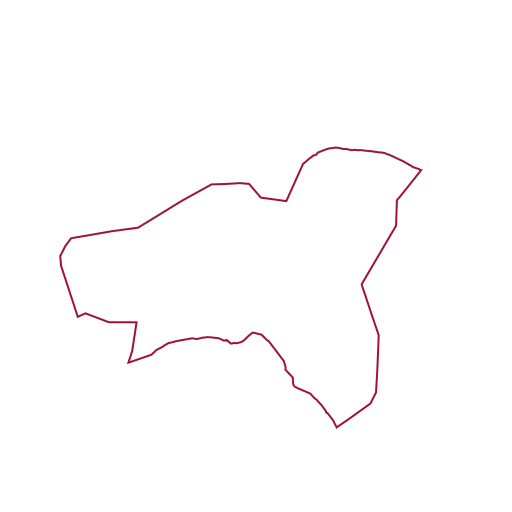 the district of Erdene, Dornogovi, Mongolia, rotated 119°
{"feature_id": "93677404B44396439939565", "entity_name": "Erdene", "entity_type": "district", "adm_level": 2, "iso_a3": "MNG", "parent_name": "Mongolia", "parent_adm1": "Dornogovi", "projection": "natural_earth1", "projection_center": [111.283, 44.182], "detail": "fine", "context": "isolated", "style": "outline", "palette": "rose", "viewbox_px": 512, "rotation_deg": 119, "n_neighbors": 0, "source": "geoboundaries", "source_scale": "gbopen_adm2", "svg_char_len": 3126}
<svg xmlns="http://www.w3.org/2000/svg" viewBox="0 0 512 512"><g transform="rotate(119 256 256)"><path d="M411.1,315.9L410.6,315.4L410.4,315.2L403.1,308.6L401.3,307.0L393.4,299.9L393.2,299.7L392.6,299.5L388.7,298.2L386.7,297.6L386.4,297.5L382.9,295.1L379.8,293.2L379.5,293.1L377.9,292.4L376.1,291.2L375.7,291.0L375.5,290.9L374.5,290.2L374.3,290.0L372.6,288.1L371.4,286.7L369.7,285.1L363.6,277.7L361.9,275.6L360.8,274.3L360.7,274.2L360.2,273.6L359.6,272.8L358.9,272.0L358.0,269.3L357.3,267.4L356.5,266.5L356.2,266.3L354.5,264.4L352.9,262.7L352.2,261.2L350.7,259.6L348.6,255.1L348.0,253.6L346.0,248.7L345.8,246.6L345.7,245.5L345.7,244.7L345.6,244.0L345.7,243.9L345.7,243.7L345.6,243.3L345.5,243.2L345.5,242.9L345.4,242.7L345.2,242.5L345.1,242.4L344.9,242.3L344.9,242.2L344.7,241.9L344.6,241.7L344.4,241.4L344.3,241.2L344.2,241.2L343.9,241.0L343.7,241.0L343.7,240.9L343.7,240.7L343.8,240.6L343.9,240.4L344.0,240.4L344.2,240.2L344.1,239.9L344.0,239.7L343.9,239.5L343.9,239.4L343.9,239.2L344.0,239.0L344.1,238.9L344.0,238.7L344.3,237.8L344.8,235.7L344.2,234.5L343.0,233.5L342.0,231.4L341.4,230.3L340.1,228.9L339.5,228.3L338.9,227.5L337.2,226.5L336.2,225.9L335.8,225.7L334.3,225.2L329.9,223.9L324.6,221.8L323.9,219.5L322.1,212.9L324.0,206.7L324.4,203.4L328.6,193.8L331.5,187.3L334.5,180.6L334.7,180.4L337.1,178.0L339.2,175.9L339.4,175.8L341.1,175.3L342.9,169.7L344.4,165.0L346.6,163.6L350.2,161.2L351.5,158.9L351.3,154.4L350.8,149.5L350.2,143.2L350.0,141.8L350.8,139.5L352.1,135.6L352.2,134.4L352.2,133.4L352.4,133.1L353.0,131.5L353.6,129.8L353.7,129.6L353.8,129.4L354.4,127.0L357.7,119.8L358.1,119.5L358.9,118.8L358.8,117.9L358.7,117.4L362.3,109.0L365.0,105.1L365.4,104.4L366.4,103.0L366.7,102.5L366.8,102.4L353.0,95.5L329.5,84.4L317.1,84.9L298.8,93.7L276.4,104.9L265.8,110.3L250.8,126.8L229.6,149.9L161.6,148.2L138.9,159.8L134.8,158.9L100.9,153.2L101.2,153.9L100.9,155.3L101.5,158.4L102.1,162.2L102.1,163.5L101.8,164.1L101.7,164.8L101.9,165.5L102.1,166.1L101.8,167.1L101.8,168.0L101.9,169.5L101.8,170.8L101.8,172.4L101.8,174.5L102.0,175.7L102.1,177.4L102.3,180.2L102.5,183.9L102.7,185.8L102.9,188.6L103.4,191.1L103.4,192.5L104.0,194.6L104.7,196.6L105.8,198.8L106.2,199.9L106.5,200.9L107.1,202.2L107.8,204.1L108.1,205.3L109.3,207.5L109.7,208.6L111.3,212.5L112.9,216.4L113.9,217.8L115.3,221.2L117.0,223.6L117.9,226.4L118.5,228.7L120.0,231.3L121.5,236.5L122.4,238.6L123.0,239.7L123.8,240.4L126.5,244.2L128.4,246.1L130.3,247.7L132.7,249.7L134.6,251.3L135.5,252.0L137.7,252.4L138.1,252.5L138.5,252.6L139.4,253.7L140.3,254.4L140.7,254.9L141.3,255.1L142.5,255.4L143.1,255.7L144.4,256.4L148.5,257.9L150.7,258.7L152.5,259.5L193.3,256.1L202.6,280.1L196.3,297.0L200.0,305.3L208.2,318.2L214.9,329.6L243.3,347.4L288.4,372.9L304.2,394.1L330.1,426.3L337.5,427.3L338.2,427.4L339.9,427.6L345.3,427.4L351.0,427.2L352.6,426.1L359.1,421.7L359.9,420.9L360.7,419.9L364.7,415.7L365.2,415.1L366.8,413.4L367.0,413.2L370.3,409.6L371.1,408.8L376.3,403.1L377.3,402.1L379.3,400.0L387.2,391.4L391.2,387.2L392.8,385.4L395.6,382.4L388.8,377.3L385.3,352.7L371.9,328.3L399.2,318.2L411.1,315.9L411.1,315.9Z" fill="none" stroke="#9f1239" stroke-width="2"/></g></svg>